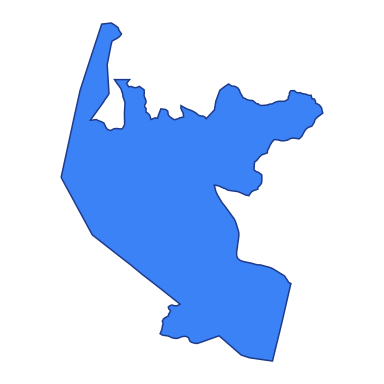 outline of Campo Maior, Piauí, Brazil
{"feature_id": "56859067B57380390448277", "entity_name": "Campo Maior", "entity_type": "district", "adm_level": 2, "iso_a3": "BRA", "parent_name": "Brazil", "parent_adm1": "Piauí", "projection": "mercator", "projection_center": [-42.103, -4.859], "detail": "fine", "context": "isolated", "style": "filled", "palette": "blue", "viewbox_px": 384, "rotation_deg": 0, "n_neighbors": 0, "source": "geoboundaries", "source_scale": "gbopen_adm2", "svg_char_len": 3889}
<svg xmlns="http://www.w3.org/2000/svg" viewBox="0 0 384 384"><path d="M265.0,360.0L272.5,361.0L273.2,358.0L281.1,325.8L290.9,283.5L288.5,282.4L287.4,280.1L286.3,278.7L284.5,275.9L272.4,268.5L270.3,267.6L267.9,266.9L265.0,266.2L262.3,265.4L260.2,264.9L258.1,264.9L255.2,264.3L252.6,263.5L249.6,262.8L244.4,261.8L240.7,260.7L238.0,258.8L236.7,255.9L236.6,252.0L237.4,247.1L237.6,244.8L238.5,238.7L238.9,235.0L238.7,232.1L238.1,230.0L237.2,227.1L236.5,224.6L235.6,222.0L234.4,219.2L224.4,205.5L223.1,204.0L222.0,202.6L217.3,194.7L215.8,191.3L214.3,185.2L217.9,185.6L220.1,186.5L221.5,187.2L223.8,188.2L225.4,188.7L227.1,189.8L229.1,190.4L237.8,191.6L241.3,193.0L245.3,194.9L248.9,195.7L250.3,193.4L251.8,191.6L253.9,190.5L257.8,189.2L258.0,187.1L259.4,186.0L260.6,184.6L261.5,183.1L261.8,181.1L261.9,177.6L261.7,174.8L258.5,172.4L255.8,171.3L253.9,169.8L254.2,167.2L254.3,164.3L254.8,161.7L256.2,160.9L257.4,159.7L259.5,156.9L261.7,154.9L263.6,154.2L265.1,153.7L267.3,152.9L267.6,150.1L268.6,148.7L269.3,146.8L270.6,144.2L272.1,141.9L274.3,139.6L277.5,139.8L279.9,140.4L281.4,140.8L284.0,140.8L287.6,140.1L290.1,138.7L292.6,138.0L296.4,138.4L299.1,138.9L301.7,136.5L303.8,132.6L305.3,130.0L306.5,128.7L308.3,127.4L311.8,126.2L313.6,123.4L314.5,121.4L315.2,119.3L317.8,116.8L319.1,115.9L322.8,113.1L322.0,110.3L321.6,107.9L319.5,105.1L317.5,104.0L315.7,103.2L315.4,101.1L314.4,99.0L312.0,98.7L311.1,95.3L308.4,95.3L306.4,94.3L303.9,93.9L302.0,93.5L300.3,92.6L298.6,92.9L296.1,92.3L294.5,90.7L292.9,90.6L290.6,90.8L289.4,92.9L289.4,94.9L288.4,96.8L288.1,99.2L286.5,100.2L285.0,101.1L282.5,101.3L278.4,101.3L276.3,101.8L274.1,102.8L272.1,103.9L269.8,104.1L266.7,105.1L263.1,105.4L260.9,105.4L259.3,105.1L258.3,103.9L256.5,103.7L254.6,102.1L252.7,100.5L250.1,100.4L247.4,99.8L245.5,98.7L243.1,97.7L241.8,95.4L240.4,93.1L239.3,90.0L237.6,87.8L236.1,87.0L234.4,86.2L231.8,86.1L228.6,84.0L225.9,85.7L224.0,87.1L219.9,90.2L215.9,101.0L214.9,106.9L214.4,109.9L206.2,118.7L205.2,117.3L203.3,116.1L201.5,116.1L198.5,115.3L197.1,113.9L195.6,112.8L193.4,111.5L190.9,110.3L187.6,109.2L185.4,108.1L183.8,107.3L181.0,105.6L180.9,108.3L182.0,110.9L183.1,112.8L183.6,117.1L181.6,117.4L179.6,117.8L178.3,118.7L176.6,119.1L174.5,119.8L172.5,118.6L169.9,116.8L168.8,115.6L168.1,114.3L168.0,112.7L167.6,110.9L165.7,109.5L160.9,108.8L158.8,114.2L157.4,118.3L155.3,117.8L151.0,119.5L150.5,117.9L150.0,116.1L149.2,114.7L147.9,113.2L146.1,112.4L146.0,110.1L146.1,108.4L144.6,106.9L144.8,104.9L146.1,102.4L145.8,100.0L144.5,97.0L144.0,95.0L144.3,93.3L144.1,89.8L139.3,86.4L137.5,87.2L135.7,87.7L134.1,87.6L131.4,86.5L128.7,86.8L126.6,83.3L129.6,79.6L114.5,79.6L116.0,81.9L119.0,86.0L121.0,88.8L122.7,94.1L122.9,96.4L125.0,102.6L124.4,113.7L124.6,121.4L124.5,124.8L123.0,127.7L121.9,128.9L119.7,128.9L116.9,128.5L114.2,128.7L110.5,130.5L108.6,129.9L107.2,129.1L105.9,127.3L103.9,123.0L101.6,121.8L98.1,120.5L96.4,119.6L94.6,119.7L92.9,120.1L90.4,120.2L103.4,102.2L104.5,100.2L106.8,97.2L109.0,93.7L107.2,64.6L110.7,46.7L111.3,43.9L112.1,41.0L114.0,40.0L116.8,38.5L118.6,37.3L120.3,35.7L121.5,33.8L119.9,31.7L118.9,30.0L118.2,27.8L115.6,25.7L112.8,23.9L111.4,23.0L101.7,24.1L91.4,55.5L80.1,90.3L74.0,117.9L70.9,132.3L63.1,168.3L61.2,177.0L61.9,178.9L69.6,193.0L92.3,234.9L118.2,255.2L130.7,264.9L135.3,268.7L143.1,275.1L156.3,285.3L180.0,304.1L178.4,305.1L176.4,306.0L173.6,305.5L172.0,305.0L170.2,305.5L168.3,307.0L168.7,308.8L170.6,310.6L169.7,312.5L168.5,314.4L168.4,316.0L165.6,317.4L163.6,318.8L162.3,321.2L163.2,323.5L162.5,325.7L161.9,329.3L160.9,331.9L160.1,333.6L161.5,334.6L163.1,335.3L165.8,335.6L168.0,336.0L169.7,336.5L171.3,337.5L174.0,338.2L176.3,338.5L178.8,337.9L182.1,336.6L185.5,336.3L187.5,337.0L188.7,338.1L189.2,339.6L190.1,341.4L191.6,342.3L193.5,342.9L195.6,343.4L197.5,343.4L202.2,341.8L219.1,335.8L241.3,355.1L249.7,357.8L265.0,360.0Z" fill="#3b82f6" stroke="#1e3a8a" stroke-width="1.5"/></svg>